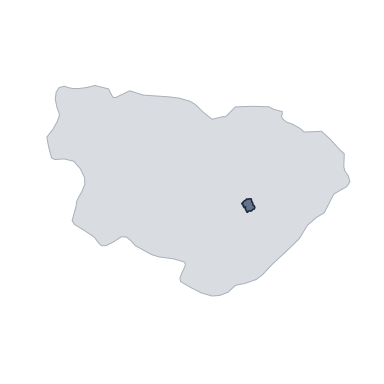 location of Toepisa, Thimphu, Bhutan, rotated 191°
{"feature_id": "84629894B31491158844122", "entity_name": "Toepisa", "entity_type": "district", "adm_level": 2, "iso_a3": "BTN", "parent_name": "Bhutan", "parent_adm1": "Thimphu", "projection": "equal_earth", "projection_center": [89.777, 27.525], "detail": "fine", "context": "in_parent", "style": "filled", "palette": "slate", "viewbox_px": 384, "rotation_deg": 191, "n_neighbors": 0, "source": "geoboundaries", "source_scale": "gbopen_adm2", "svg_char_len": 3690}
<svg xmlns="http://www.w3.org/2000/svg" viewBox="0 0 384 384"><g transform="rotate(191 192 192)"><path d="M303.4,160.8L302.8,163.6L300.3,171.0L298.7,179.0L300.1,185.5L306.0,193.4L313.8,199.6L323.7,200.1L332.8,197.7L336.4,198.7L341.4,209.1L345.0,218.2L340.3,227.5L337.7,235.7L336.8,241.5L337.4,244.0L340.4,248.7L343.9,256.8L344.4,264.2L342.3,269.1L337.6,271.5L332.6,270.8L328.4,270.9L323.3,271.8L315.2,274.5L307.7,278.0L293.6,277.3L287.9,270.0L285.2,270.0L272.4,279.5L258.4,277.8L232.9,281.0L222.3,281.7L211.3,280.7L205.8,278.7L195.5,272.0L186.1,267.2L176.7,271.6L173.3,272.4L165.7,283.8L149.3,287.6L132.8,290.3L128.0,288.8L118.7,288.1L118.3,285.5L118.6,282.9L116.5,280.8L112.8,278.7L106.3,277.8L98.0,275.0L93.2,272.3L76.4,276.3L66.6,270.3L55.4,262.0L49.8,258.5L47.8,245.7L45.8,241.6L41.4,237.3L39.0,232.2L41.0,227.0L52.1,217.3L53.0,215.1L58.2,197.0L65.3,190.4L72.4,181.3L77.7,166.8L88.0,151.9L99.2,136.7L107.0,124.3L112.1,118.5L122.7,112.3L131.5,108.7L137.6,100.4L145.0,95.8L152.6,93.7L163.8,94.8L174.4,97.8L186.1,101.9L187.4,105.2L186.4,111.1L184.8,117.1L184.7,120.1L186.5,121.8L197.9,122.9L211.8,122.0L219.6,122.8L237.0,128.3L242.2,132.2L247.5,135.2L252.7,134.7L259.2,128.3L266.1,122.9L270.4,122.0L273.5,123.8L279.1,128.9L290.6,133.8L300.8,137.5L304.2,140.9L303.1,155.9L303.4,160.8Z" fill="#d9dde1" stroke="#a8b0b8" stroke-width="1"/><path d="M139.4,188.7L139.3,188.8L139.2,188.9L139.0,188.6L138.9,188.4L138.7,188.1L138.7,187.7L138.5,187.4L138.3,187.2L138.1,187.1L138.0,186.8L137.9,186.8L137.8,186.7L137.7,186.6L137.4,186.9L137.2,187.0L137.1,187.3L136.9,187.5L136.7,187.6L136.7,187.4L136.6,187.2L136.6,186.8L136.6,186.7L136.6,186.4L136.5,186.2L136.4,186.2L136.4,185.9L136.3,185.7L136.2,185.6L136.1,185.4L136.1,185.2L136.0,184.9L135.9,184.9L135.8,184.7L135.7,184.6L135.4,184.5L135.3,184.4L135.2,184.4L134.9,184.2L134.9,183.9L134.8,183.6L134.8,183.4L134.7,183.4L134.6,183.1L134.4,182.9L134.2,182.8L134.1,182.7L133.9,182.6L133.7,182.6L133.6,182.8L133.4,183.1L133.2,183.2L133.1,183.3L133.0,183.6L132.8,183.8L132.6,184.1L132.5,184.3L132.4,184.4L132.2,184.4L132.1,184.5L131.9,184.5L131.7,184.5L131.6,184.4L131.4,184.4L131.1,184.4L130.9,184.4L130.7,184.4L130.4,184.5L130.2,184.7L130.0,184.9L129.9,185.0L129.7,185.3L129.6,185.5L129.4,185.7L129.4,185.9L129.2,186.0L129.0,186.3L128.9,186.5L128.6,186.7L128.4,186.8L128.2,186.9L127.9,186.9L127.9,187.1L127.8,187.3L127.7,187.4L127.6,187.6L127.5,187.8L127.5,188.1L127.4,188.2L127.4,188.3L127.4,188.6L127.5,188.6L127.5,188.8L127.5,189.0L127.7,189.3L127.7,189.5L127.8,189.7L127.9,189.8L128.0,189.8L128.1,190.0L128.3,190.0L128.5,190.1L128.7,190.3L128.7,190.5L128.8,190.5L129.1,190.6L129.3,190.6L129.5,190.7L129.6,190.8L129.7,191.0L129.8,191.1L129.8,191.3L129.8,191.5L130.0,191.6L130.0,191.9L130.0,192.1L130.0,192.3L130.1,192.5L130.3,192.7L130.4,192.8L130.5,193.0L130.7,193.3L130.9,193.4L131.0,193.4L131.3,193.6L131.5,193.8L131.6,194.0L131.5,194.3L131.8,194.6L131.9,194.9L131.9,195.0L132.0,195.3L132.2,195.5L132.3,195.8L132.3,196.1L132.3,196.3L132.6,196.5L132.8,196.5L133.1,196.5L133.4,196.5L133.5,196.4L133.8,196.3L134.0,196.3L134.4,196.2L134.7,196.1L135.0,196.1L135.1,195.9L135.3,195.7L135.5,195.6L135.8,195.5L136.1,195.5L136.3,195.5L136.5,195.6L136.9,195.7L137.0,195.5L137.1,195.3L137.2,195.2L137.3,195.1L137.5,194.9L137.6,194.7L137.6,194.4L137.7,194.2L137.8,194.1L138.0,194.0L138.0,193.9L138.2,193.7L138.3,193.7L138.5,193.6L138.8,193.5L139.0,193.2L139.2,192.9L139.3,192.8L139.4,192.7L139.5,192.6L139.7,192.1L139.8,191.8L140.0,191.6L140.1,191.3L140.4,191.2L140.5,191.0L140.6,190.8L140.7,190.5L140.8,190.2L140.9,189.9L140.5,189.7L140.0,189.9L139.8,189.7L139.7,189.4L139.5,189.2L139.4,188.7Z" fill="#64748b" stroke="#1e293b" stroke-width="1.5"/></g></svg>